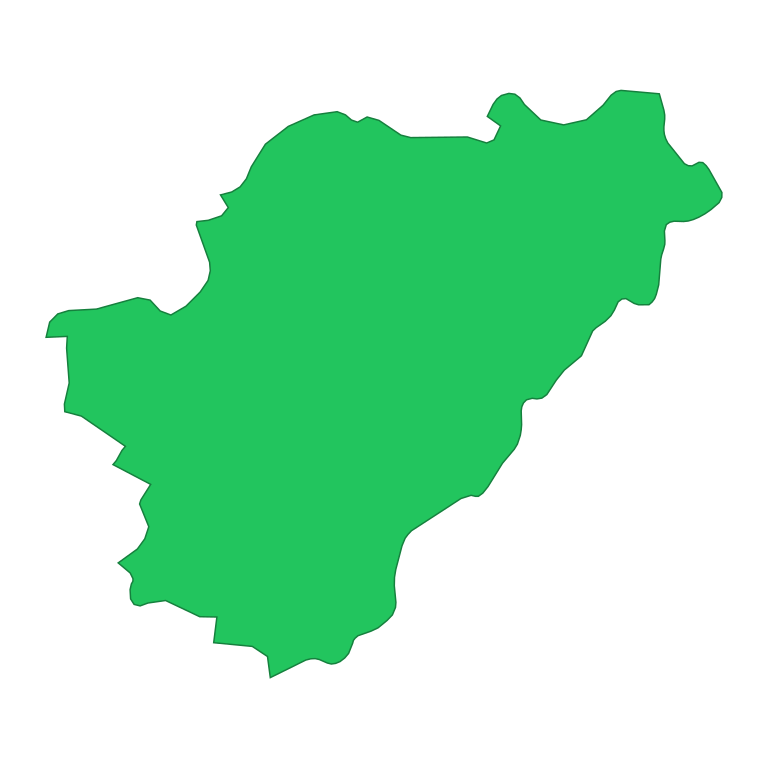 the Metropolitan department of Charente
{"feature_id": "FRA-5277", "entity_name": "Charente", "entity_type": "Metropolitan department", "adm_level": 1, "iso_a3": "FRA", "parent_name": "France", "parent_adm1": "", "projection": "natural_earth1", "projection_center": [0.293, 45.665], "detail": "fine", "context": "isolated", "style": "filled", "palette": "green", "viewbox_px": 768, "rotation_deg": 0, "n_neighbors": 0, "source": "natural_earth", "source_scale": "10m", "svg_char_len": 2356}
<svg xmlns="http://www.w3.org/2000/svg" viewBox="0 0 768 768"><path d="M170.9,315.0L186.0,306.2L200.2,292.0L208.1,280.4L210.3,270.8L209.6,262.2L196.3,225.0L196.9,221.6L208.3,220.3L221.6,215.8L228.3,207.6L220.5,194.9L231.7,192.0L240.1,186.9L246.4,178.8L251.3,166.8L265.4,144.2L288.3,126.4L314.1,114.9L337.2,111.7L345.5,114.9L351.4,120.0L357.6,122.2L367.1,117.0L379.0,120.4L400.8,135.1L410.7,137.6L467.4,137.0L486.6,143.0L494.0,139.9L500.6,125.9L487.3,116.4L493.1,104.4L497.0,99.0L501.4,95.5L508.9,93.4L514.9,94.2L520.0,98.0L524.4,104.5L540.8,120.0L563.6,124.9L586.4,119.8L603.1,105.2L611.1,95.2L616.1,91.5L621.0,90.4L659.3,93.8L663.9,110.2L664.7,115.0L664.7,119.1L663.9,126.8L663.9,130.6L664.4,134.5L665.7,138.7L667.8,143.0L684.4,163.7L688.3,165.7L692.1,165.9L699.0,162.3L702.8,162.6L706.1,165.6L708.9,169.4L721.9,192.5L721.8,197.4L719.1,202.6L711.2,209.4L705.1,213.7L698.8,217.2L693.4,219.5L688.2,221.0L683.5,221.5L674.1,221.2L669.8,222.2L666.3,224.6L664.4,231.0L664.9,240.6L664.8,244.3L663.6,249.0L661.7,254.8L660.8,259.1L658.7,284.9L656.3,294.3L654.6,298.6L652.1,302.0L649.0,304.7L638.6,304.8L634.1,303.4L626.0,298.6L621.9,299.0L618.1,301.9L614.4,310.0L610.9,315.7L605.2,321.3L596.1,327.7L592.7,330.9L581.4,355.8L564.3,370.1L556.3,380.1L546.8,394.6L541.9,398.1L536.9,398.9L532.2,398.3L526.5,399.8L523.5,402.9L521.8,406.8L521.2,410.9L521.6,424.7L521.2,429.8L520.3,435.4L517.4,444.1L514.3,449.2L502.5,463.2L488.0,486.6L482.8,493.1L478.4,496.3L475.4,496.3L471.1,495.3L461.0,498.5L411.5,530.7L407.9,534.5L405.1,538.3L402.0,545.8L395.8,569.4L394.5,577.3L394.3,585.7L395.9,602.4L395.5,607.4L392.4,614.9L387.0,620.5L378.1,627.8L371.1,631.1L358.0,635.7L355.0,638.3L353.4,640.4L352.7,643.1L348.6,653.4L344.7,658.0L340.0,661.6L335.6,663.4L331.3,664.0L327.3,663.0L319.3,659.5L315.2,658.6L310.8,658.8L305.9,660.0L270.3,677.6L267.5,656.5L252.3,646.4L213.7,642.7L216.9,617.0L199.7,616.7L165.6,600.5L148.0,603.0L140.1,605.9L134.1,604.4L130.6,598.9L130.1,589.6L131.4,583.9L132.9,581.3L133.0,578.7L130.2,573.0L118.2,562.9L137.4,549.0L144.8,538.8L148.8,526.7L139.6,504.0L140.9,499.9L150.7,484.4L113.0,464.6L116.4,460.5L122.0,450.4L125.4,446.3L81.4,416.1L64.8,411.7L64.4,404.1L69.2,383.0L66.6,348.2L67.3,336.4L46.1,337.3L49.7,322.1L57.8,313.9L68.7,310.6L96.4,309.1L137.7,297.7L150.1,300.1L160.2,311.0L170.9,315.0Z" fill="#22c55e" stroke="#15803d" stroke-width="1.5"/></svg>